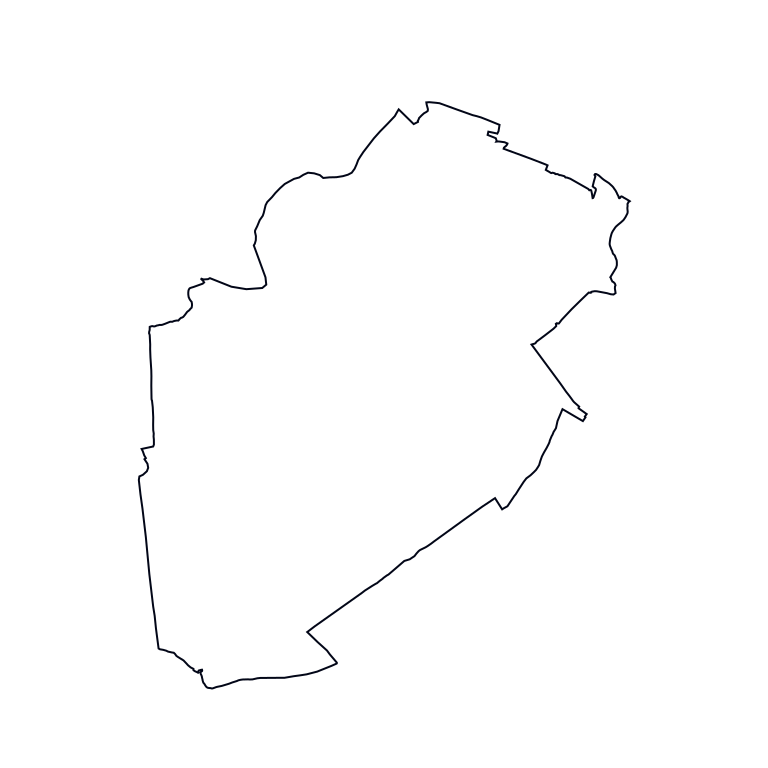 the district of Isalnita, Dolj, Romania, rotated 166°
{"feature_id": "2599482B36519910274216", "entity_name": "Isalnita", "entity_type": "district", "adm_level": 2, "iso_a3": "ROU", "parent_name": "Romania", "parent_adm1": "Dolj", "projection": "mercator", "projection_center": [23.718, 44.394], "detail": "fine", "context": "isolated", "style": "outline", "palette": "ink", "viewbox_px": 768, "rotation_deg": 166, "n_neighbors": 0, "source": "geoboundaries", "source_scale": "gbopen_adm2", "svg_char_len": 6130}
<svg xmlns="http://www.w3.org/2000/svg" viewBox="0 0 768 768"><g transform="rotate(166 384 384)"><path d="M536.3,530.7L534.4,527.5L534.0,526.0L534.7,525.8L535.6,525.2L542.5,524.5L545.5,524.2L547.7,524.1L548.9,524.0L549.8,523.6L551.0,522.2L551.7,520.4L552.2,518.4L552.4,516.8L552.5,515.5L552.0,513.0L551.3,511.2L550.8,510.3L550.9,508.5L551.2,506.9L551.9,505.2L552.2,504.6L553.6,503.8L554.2,503.4L554.6,503.0L555.7,502.4L556.7,502.0L557.7,501.5L560.2,499.4L562.5,497.7L563.9,497.3L564.9,497.3L566.7,496.4L567.7,495.6L568.2,495.3L568.7,495.5L570.0,495.8L572.4,495.9L574.5,495.6L575.7,496.0L576.2,496.1L576.8,496.1L581.8,495.4L584.7,495.1L586.1,495.2L587.2,495.6L589.1,495.6L590.2,495.7L592.1,495.4L592.6,495.4L593.5,495.6L594.7,496.2L595.5,496.3L597.1,496.2L597.5,496.1L598.3,493.1L599.3,491.3L599.5,490.6L599.7,489.8L599.5,489.1L599.5,488.1L601.3,478.9L602.5,474.3L604.2,466.2L606.5,453.5L607.8,447.8L610.2,438.6L613.1,426.1L613.3,424.9L613.1,424.2L614.0,417.4L616.0,407.4L617.9,400.2L619.1,395.0L619.4,391.7L620.3,388.8L620.7,385.9L621.9,380.9L623.1,379.2L634.9,379.6L634.3,377.1L633.9,372.7L633.0,369.7L634.6,369.0L632.8,363.8L633.1,359.7L635.2,356.7L639.9,354.2L643.7,353.5L645.1,350.2L647.0,335.8L648.5,321.5L652.1,293.2L657.7,256.2L661.8,223.9L662.6,214.6L664.4,202.0L666.7,181.9L665.6,180.8L662.6,179.5L659.8,177.9L658.3,176.6L654.7,174.8L653.0,174.1L652.0,172.5L651.2,170.4L649.8,168.8L645.4,164.3L643.2,160.4L642.2,158.5L640.2,155.8L638.5,154.3L637.8,153.7L638.1,152.4L637.0,151.1L635.2,149.7L634.5,149.0L634.2,148.8L633.8,149.1L633.8,149.8L633.5,150.3L633.1,150.8L630.5,150.9L629.7,150.8L629.7,150.1L630.0,149.5L631.7,148.7L632.0,148.4L632.0,148.0L632.0,147.6L631.9,146.6L631.7,146.0L631.5,144.4L631.6,143.2L631.6,140.8L631.7,140.3L631.6,138.3L631.4,137.5L630.9,136.7L630.3,134.7L629.8,133.4L629.4,132.8L629.1,132.4L628.5,131.9L627.9,131.6L625.7,130.8L624.7,130.2L623.8,130.1L620.0,130.5L619.0,130.5L614.5,130.3L608.2,130.6L606.6,130.7L603.5,131.1L598.5,131.4L597.0,131.7L595.0,131.7L594.0,131.6L592.8,131.5L589.6,130.8L587.3,130.3L585.9,129.8L583.1,129.2L578.0,129.1L575.1,128.7L551.5,123.0L542.2,122.3L535.9,121.6L529.3,121.0L518.3,121.1L516.3,121.4L503.2,123.2L497.6,124.2L497.3,124.5L497.2,125.1L502.0,134.8L503.8,139.2L510.7,149.4L518.5,161.9L509.9,165.6L455.9,186.7L452.5,188.2L444.2,191.0L440.2,192.2L439.1,192.4L435.8,194.0L432.6,195.3L431.4,196.0L427.4,197.6L425.8,198.0L407.1,207.4L401.4,207.7L398.7,208.7L396.1,209.6L393.6,211.6L390.8,213.5L389.2,214.2L383.1,215.5L380.9,216.2L376.9,217.7L373.2,219.3L338.4,233.3L318.4,241.2L303.9,246.4L299.7,233.8L298.0,234.4L293.8,235.5L284.7,243.8L282.8,245.2L278.8,249.1L272.1,255.3L268.7,258.0L263.9,260.0L259.8,262.3L257.2,263.9L254.7,266.2L253.1,267.8L250.8,271.7L248.3,275.5L245.2,279.0L241.7,282.6L238.8,285.9L237.5,287.6L236.8,289.0L234.0,292.8L232.8,294.0L231.0,296.5L229.2,298.2L227.8,299.6L224.6,306.1L216.9,316.4L200.0,299.9L196.6,302.9L197.0,303.8L194.6,305.8L201.1,313.4L200.7,314.2L200.1,314.8L203.9,320.3L204.8,322.1L205.4,323.7L207.0,327.6L209.2,332.5L212.7,341.6L231.3,386.6L230.0,386.7L228.3,386.7L227.4,386.9L226.7,387.3L226.1,387.9L225.5,388.3L224.6,388.7L216.0,392.3L206.2,396.6L202.9,398.5L202.7,399.7L202.7,400.8L201.5,401.2L200.8,400.6L199.7,400.4L196.1,403.3L183.8,411.2L172.6,417.8L163.2,423.2L161.9,422.6L160.9,422.6L160.8,423.1L159.9,423.3L157.2,423.1L155.1,422.5L145.7,418.2L142.2,416.2L139.6,415.3L137.3,416.2L137.1,418.2L136.9,420.7L136.3,422.7L135.5,423.7L135.6,425.2L136.0,426.3L136.8,427.5L137.6,428.1L138.2,430.6L138.2,431.8L138.6,432.8L130.6,440.7L129.3,443.0L128.6,445.9L128.4,447.2L128.4,448.3L128.6,449.4L128.9,452.2L129.1,453.0L129.4,453.6L130.2,454.9L130.3,455.3L130.4,456.2L130.4,457.6L130.5,458.1L130.9,460.0L131.2,462.6L131.3,463.4L131.3,464.2L131.2,465.3L130.5,467.3L129.1,470.7L127.3,474.0L126.5,475.3L125.8,476.1L124.9,477.1L121.8,479.9L120.7,480.7L118.4,481.9L115.0,483.5L112.2,485.0L111.4,485.6L109.3,487.5L106.5,490.7L105.9,492.1L105.6,494.0L105.5,494.9L105.2,496.2L104.6,497.7L104.2,499.8L103.4,500.6L102.6,501.7L102.4,501.9L101.7,501.7L101.3,501.9L102.3,503.0L105.4,506.0L106.6,507.1L107.2,507.9L108.3,508.6L109.1,508.4L109.8,507.5L110.2,507.4L110.7,507.3L110.9,507.4L111.0,507.7L111.1,508.1L111.1,509.5L111.7,511.8L111.9,513.2L112.2,514.3L112.5,515.6L113.5,518.1L113.9,519.3L114.7,520.8L115.5,522.0L117.1,524.4L118.0,525.4L121.0,528.6L122.5,530.5L124.8,533.9L125.5,534.8L127.1,536.2L127.4,536.4L127.9,536.6L128.5,536.6L129.0,536.1L129.2,535.9L129.1,535.6L128.7,534.3L131.3,529.9L133.7,525.3L132.9,524.1L132.2,523.4L131.6,522.7L131.4,522.3L131.4,521.3L131.7,520.5L135.6,514.4L136.2,513.9L136.6,513.9L136.2,518.4L136.1,521.2L136.2,521.9L136.7,522.3L137.9,522.3L138.2,522.9L138.5,523.7L153.6,538.1L156.6,540.1L157.2,540.2L158.0,540.5L158.6,541.9L159.6,542.5L162.1,543.9L163.1,544.2L163.5,544.4L163.9,545.0L165.3,545.9L166.4,546.0L167.0,546.3L167.2,546.6L167.3,547.1L168.4,547.7L169.2,548.2L170.7,548.2L171.2,548.6L172.1,549.6L174.1,551.5L175.2,552.6L172.4,556.6L173.9,557.8L187.1,567.1L211.0,583.3L210.5,584.2L209.7,584.7L207.8,585.6L206.5,586.7L206.0,587.5L208.5,589.4L213.5,591.4L214.9,591.8L216.4,592.0L215.8,592.6L216.0,594.2L216.0,595.3L217.2,596.3L223.2,600.6L221.7,603.6L214.1,599.9L213.5,599.5L211.7,601.6L209.2,607.5L219.9,615.3L225.4,619.2L229.3,621.5L232.9,623.4L247.2,632.9L262.2,643.0L265.6,644.3L271.9,646.5L274.8,647.0L275.0,644.8L274.9,640.1L275.1,639.4L275.5,638.4L277.1,637.7L279.7,637.0L282.7,635.4L285.7,633.5L286.4,632.3L287.5,631.2L287.6,630.1L292.3,629.0L303.3,646.9L305.8,644.4L308.7,641.3L317.3,635.8L326.6,630.1L334.4,624.8L343.1,617.9L347.8,614.2L352.4,610.0L354.9,607.5L357.5,603.7L360.4,600.0L364.2,596.8L368.4,595.8L373.5,595.6L380.3,596.2L386.9,597.7L393.1,598.6L395.7,602.2L400.8,605.3L406.6,607.4L411.6,606.5L416.3,604.9L421.7,604.8L431.9,602.1L437.4,599.2L443.2,595.6L447.5,592.4L453.3,588.8L455.6,586.2L459.3,579.1L460.9,576.6L464.9,573.1L468.9,567.7L471.9,564.2L472.4,562.7L472.5,558.5L473.6,554.5L475.4,551.4L476.8,550.0L473.2,516.2L474.2,508.9L478.9,506.6L494.6,509.3L508.5,515.3L527.3,528.8L529.5,528.3L533.8,529.1L536.3,530.7Z" fill="none" stroke="#020617" stroke-width="2"/></g></svg>